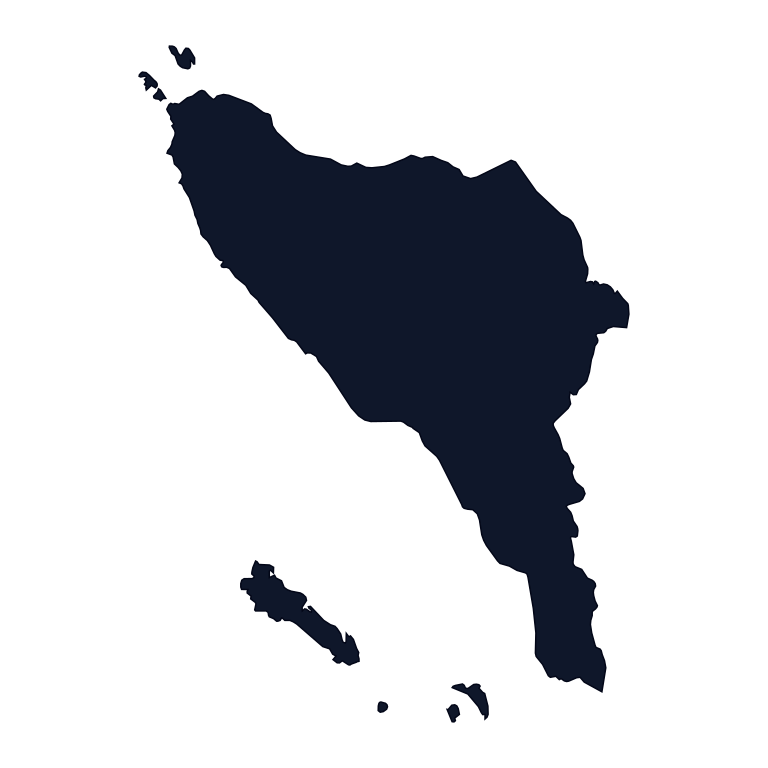 Aceh, Natural Earth projection
{"feature_id": "IDN-1136", "entity_name": "Aceh", "entity_type": "Autonomous Province", "adm_level": 1, "iso_a3": "IDN", "parent_name": "Indonesia", "parent_adm1": "", "projection": "natural_earth1", "projection_center": [96.646, 3.962], "detail": "fine", "context": "isolated", "style": "filled", "palette": "ink", "viewbox_px": 768, "rotation_deg": 0, "n_neighbors": 0, "source": "natural_earth", "source_scale": "10m", "svg_char_len": 6065}
<svg xmlns="http://www.w3.org/2000/svg" viewBox="0 0 768 768"><path d="M601.9,691.8L584.2,682.1L580.1,677.3L576.7,677.7L568.8,681.1L566.7,681.5L564.3,680.9L561.1,678.6L559.3,679.6L555.9,676.3L550.3,677.3L548.3,675.7L542.6,664.4L536.2,656.5L535.4,653.1L535.9,633.0L533.3,608.4L528.0,577.3L527.1,574.2L525.6,572.9L517.0,570.4L509.4,566.1L500.0,563.4L497.5,560.8L486.5,545.6L483.7,540.3L481.8,534.8L479.5,520.0L477.3,513.8L472.8,509.7L467.7,509.2L464.1,508.3L462.5,506.8L461.7,504.5L439.5,460.3L436.7,456.3L425.0,445.9L422.3,440.9L419.3,432.6L413.1,428.4L412.5,427.4L407.9,425.4L403.5,422.1L400.8,421.1L370.8,421.5L364.8,420.0L358.7,415.9L351.4,407.8L328.7,373.0L318.6,361.2L316.5,356.5L310.8,353.0L307.2,352.9L305.6,353.8L296.7,341.9L294.3,340.3L291.5,339.8L288.4,338.4L272.4,317.7L259.1,302.4L258.0,300.1L250.8,293.5L245.8,285.3L235.5,276.9L229.5,268.5L226.8,267.3L223.4,267.4L221.8,266.9L221.1,265.5L221.5,264.5L222.9,262.9L223.3,261.9L222.9,260.6L220.1,260.2L216.0,256.5L214.3,253.7L210.4,245.2L207.3,240.5L203.2,236.9L201.0,234.0L200.6,230.5L199.8,227.9L197.9,223.5L197.1,219.5L195.0,215.3L194.1,210.9L189.4,197.5L184.0,188.9L183.0,186.0L181.6,183.8L179.1,182.8L182.0,177.9L182.3,174.1L180.8,170.8L178.1,167.4L174.4,163.9L173.1,157.0L171.9,155.0L167.0,153.2L167.9,150.6L170.5,147.4L171.9,144.2L172.2,141.7L174.9,135.4L175.2,132.6L174.6,130.3L171.9,125.8L174.0,124.1L170.7,119.1L170.9,116.3L167.7,111.4L166.8,109.2L169.1,104.6L170.8,103.3L173.0,104.3L174.7,103.5L179.1,104.3L187.4,97.8L192.5,96.2L199.1,91.3L201.9,90.4L204.6,91.3L208.7,95.8L212.5,99.0L213.8,99.4L215.3,98.3L217.1,96.1L223.5,94.5L228.8,95.3L251.4,103.9L262.9,112.3L265.3,113.4L267.9,113.8L270.1,115.1L271.1,118.3L272.5,125.8L276.5,132.1L295.2,149.6L300.1,152.7L305.8,155.1L330.5,159.1L341.2,164.9L347.8,166.3L351.3,166.1L356.8,163.1L365.9,167.4L371.9,167.8L384.4,166.5L389.5,164.9L404.5,158.9L411.0,155.4L414.0,156.0L420.9,158.5L422.8,158.4L425.1,157.2L432.7,156.6L441.2,160.4L447.8,162.7L453.1,166.9L459.1,169.5L463.0,176.0L470.6,178.6L476.9,177.1L511.1,160.3L515.5,162.0L536.2,191.3L561.0,214.6L567.6,218.1L570.6,220.3L572.9,223.2L579.9,237.3L581.0,240.5L582.8,255.0L584.1,259.8L587.6,267.5L587.8,269.3L587.6,273.8L585.4,281.4L586.0,282.7L590.4,281.5L592.3,281.8L593.7,284.0L594.6,281.5L595.7,281.2L597.9,282.7L598.9,284.5L599.9,285.1L603.5,284.0L607.2,284.8L610.4,286.9L612.9,289.9L614.4,293.5L615.3,293.5L617.3,291.1L622.6,298.3L627.8,303.7L628.3,305.4L628.9,314.2L626.6,327.6L613.3,326.5L607.3,328.5L605.6,331.3L603.8,332.7L597.8,333.3L596.4,334.0L595.9,335.8L597.5,338.9L597.8,340.5L597.4,342.5L594.9,346.0L593.3,353.9L591.4,359.5L589.4,372.0L586.7,381.0L584.5,383.8L578.4,389.6L576.3,394.5L573.3,394.7L570.1,392.2L569.3,397.4L570.6,403.9L568.1,408.3L555.1,420.8L553.2,423.2L553.2,425.2L554.1,427.5L558.1,434.7L559.7,438.5L562.2,448.0L563.2,450.4L567.1,453.7L568.8,457.2L570.8,463.0L573.3,465.8L573.7,467.1L572.1,471.7L572.1,473.5L573.7,478.6L576.1,482.7L583.1,488.4L585.0,493.7L582.6,498.9L579.4,501.4L569.5,504.3L567.5,505.1L566.2,506.3L567.2,508.4L570.7,512.3L572.1,515.8L573.3,521.0L577.1,526.6L577.7,528.8L577.9,530.7L577.3,536.0L575.7,537.1L572.0,536.6L571.0,536.7L570.6,537.3L570.6,538.6L571.3,541.2L573.8,554.8L573.0,562.0L573.2,564.2L575.1,566.7L581.7,569.4L587.4,578.1L592.1,580.2L593.8,581.5L595.2,583.6L595.6,586.1L593.7,589.6L593.3,592.5L593.7,595.7L595.1,601.0L597.4,605.6L597.0,607.0L595.5,608.9L592.5,611.3L592.2,612.5L592.2,615.6L590.8,620.3L590.4,624.5L591.7,632.9L595.0,645.0L596.0,647.4L600.1,649.1L601.2,650.7L602.2,654.6L604.5,660.7L605.8,667.8L601.9,691.8ZM358.7,652.5L358.1,655.5L359.0,658.8L359.0,661.3L355.6,662.1L356.7,662.1L351.4,664.0L349.9,665.0L348.5,664.8L342.3,660.8L339.5,662.9L337.1,662.8L333.0,659.6L336.0,656.0L332.7,654.2L329.6,648.8L322.8,646.6L296.7,624.0L293.2,621.8L289.9,620.4L284.8,620.4L282.6,618.3L281.6,617.9L280.1,620.4L277.8,621.2L276.6,621.2L273.6,618.6L269.3,616.8L268.6,615.4L268.1,612.4L266.2,610.9L255.5,610.9L254.7,609.9L256.0,603.7L255.2,602.3L250.7,598.9L251.1,596.1L247.2,593.0L247.2,591.3L247.9,589.5L241.6,589.4L240.8,587.1L240.8,583.5L241.8,580.2L244.1,578.7L252.2,578.6L253.9,577.6L254.1,576.1L251.8,574.0L251.9,572.1L252.9,567.5L255.6,561.0L257.1,561.8L259.0,564.5L269.5,565.0L273.6,567.3L273.4,572.9L270.5,570.2L269.3,571.1L269.3,577.6L274.5,575.2L276.0,578.0L281.5,580.8L284.1,587.4L287.3,589.7L291.1,591.2L300.4,593.0L302.9,594.4L305.8,597.2L306.5,600.4L302.1,607.3L302.3,610.9L304.6,608.9L306.3,609.2L310.3,612.0L311.1,612.1L311.5,610.9L311.0,609.8L308.9,608.1L308.4,606.7L310.5,606.4L323.7,620.4L330.4,624.7L335.0,626.3L337.2,628.7L340.7,634.0L342.0,639.5L343.1,642.3L345.3,643.0L346.1,641.7L346.3,633.4L348.4,636.2L349.4,636.6L350.5,635.9L353.4,639.4L356.6,648.5L358.7,652.5ZM484.7,693.5L487.9,706.1L488.1,714.4L487.0,717.2L485.0,719.0L485.0,714.4L482.7,714.6L481.2,712.4L478.4,706.6L467.8,694.0L452.2,687.6L453.1,686.3L455.5,685.4L462.5,684.0L464.2,685.3L465.5,688.2L467.9,688.5L473.7,684.5L476.4,684.2L478.9,684.7L480.1,686.1L479.0,688.2L482.6,692.3L484.7,693.5ZM188.4,48.5L189.9,50.1L194.6,57.9L194.6,64.0L193.5,64.0L192.5,62.0L190.5,60.4L190.5,66.0L189.7,68.0L187.9,68.8L182.6,67.7L180.2,66.2L178.1,64.0L175.1,55.6L171.9,53.2L169.2,47.4L169.4,46.1L172.6,46.2L174.4,46.9L176.1,48.5L178.1,53.0L179.8,55.2L181.7,55.0L184.4,50.0L185.9,48.2L188.4,48.5ZM154.5,80.5L156.3,82.2L157.2,84.0L157.1,86.0L155.5,87.9L151.4,85.4L146.3,90.1L145.8,87.9L146.3,85.4L144.8,84.9L144.4,84.3L145.8,82.4L145.8,81.3L144.5,79.3L146.3,78.3L146.3,77.0L144.6,76.2L140.7,77.0L139.1,76.3L139.4,74.8L140.8,73.2L142.3,72.1L146.0,72.6L149.4,75.4L155.5,81.7L154.5,80.5ZM459.4,714.4L455.2,717.7L454.8,718.4L455.4,720.7L454.0,721.9L452.1,721.7L447.1,709.4L448.1,709.6L451.8,705.2L454.8,704.8L456.8,705.9L458.2,708.5L459.4,714.4ZM160.5,90.1L165.8,98.4L162.9,98.6L160.6,100.8L159.0,99.2L155.5,98.7L153.9,97.8L153.6,96.1L157.6,91.9L158.5,88.8L160.5,90.1ZM380.9,702.0L385.5,703.3L387.0,704.8L387.5,706.8L386.6,709.2L383.3,711.6L380.2,712.2L378.2,710.6L378.3,706.0L378.8,703.8L379.5,702.5L380.9,702.0Z" fill="#0f172a" stroke="#020617" stroke-width="1.5"/></svg>